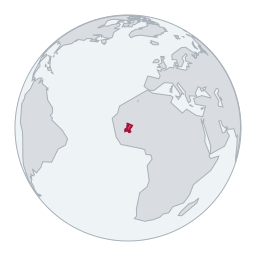 Koulikoro highlighted on a globe, orthographic projection, rotated 23°
{"feature_id": "MLI-4860", "entity_name": "Koulikoro", "entity_type": "Region", "adm_level": 1, "iso_a3": "MLI", "parent_name": "Mali", "parent_adm1": "", "projection": "orthographic", "projection_center": [-7.926, 13.476], "detail": "fine", "context": "on_globe", "style": "filled", "palette": "rose", "viewbox_px": 256, "rotation_deg": 23, "n_neighbors": 0, "source": "natural_earth", "source_scale": "10m", "svg_char_len": 10117}
<svg xmlns="http://www.w3.org/2000/svg" viewBox="0 0 256 256"><g transform="rotate(23 128 128)"><circle cx="128" cy="128" r="113" fill="#eef3f6" stroke="#a8b0b8"/><path d="M96.3,19.9L95.5,20.3L85.5,25.0L87.7,24.3L85.2,26.1L86.9,26.1L84.5,27.3L87.8,26.3L89.7,25.2L91.7,24.5L92.8,24.5L90.1,25.9L89.1,26.1L88.9,26.6L87.0,27.3L88.6,27.0L85.1,28.9L90.2,27.1L88.8,28.7L86.0,30.0L84.2,29.7L73.3,33.1L70.0,34.9L67.1,37.4L66.0,42.2L63.2,44.5L60.9,47.7L63.4,46.3L66.1,43.4L70.2,41.9L73.0,38.8L75.0,37.9L78.8,35.1L80.4,35.8L80.0,38.2L77.0,40.6L76.8,41.9L81.4,40.0L77.6,45.4L78.1,50.7L76.8,52.3L71.2,54.1L66.6,52.6L59.2,56.2L66.2,54.3L63.0,58.9L63.4,60.0L64.9,60.2L67.0,58.8L66.4,60.6L59.2,62.8L59.7,61.1L61.9,60.3L59.7,59.8L54.9,62.0L53.6,64.4L47.6,66.0L46.7,67.9L44.8,69.6L46.8,66.3L43.1,72.4L35.9,77.3L30.8,88.5L33.4,78.9L32.8,77.1L31.6,76.3L30.7,78.0L30.4,75.3L28.0,77.9L23.9,86.2L21.5,93.5L22.1,95.4L23.8,92.0L25.1,92.4L21.0,102.0L22.8,105.5L20.8,113.2L20.9,117.9L22.6,117.9L24.1,120.9L26.3,117.0L29.3,115.7L28.2,122.2L30.8,117.0L31.8,120.7L38.5,122.8L37.7,124.1L43.2,133.7L50.8,139.0L52.6,144.2L51.5,146.8L54.6,148.4L54.6,150.3L68.3,155.7L76.6,161.6L77.1,168.2L71.9,174.7L71.1,189.3L62.7,192.4L63.2,198.0L61.3,205.0L55.9,203.0L60.2,207.6L59.4,209.3L56.6,208.6L58.5,211.3L56.6,210.7L59.6,213.0L60.1,215.6L64.2,218.8L65.5,220.8L68.3,222.7L67.4,222.3L67.5,222.6L68.7,223.4L64.5,220.9L59.2,216.8L57.6,215.3L56.4,214.5L52.7,210.1L52.8,210.7L46.2,202.8L42.9,196.6L34.2,176.5L31.8,171.9L26.9,165.2L20.7,147.2L21.1,141.2L20.3,137.7L22.9,129.9L23.1,120.9L22.4,119.2L21.2,121.9L19.6,114.6L20.2,107.4L21.2,92.2L24.1,84.4L27.6,76.9L31.7,69.6L36.3,62.6L41.4,56.0L46.9,49.8L52.9,44.0L59.3,38.7L66.1,33.9L73.3,29.6L80.7,25.8L88.4,22.6L96.3,19.9ZM29.1,92.2L31.3,99.9L28.6,99.3L29.3,98.5L29.1,95.7L28.1,92.6L26.1,92.6L29.1,92.2ZM33.4,87.1L32.9,86.2L33.6,86.6L33.4,87.1ZM77.6,35.0L78.2,35.1L77.2,35.5L77.6,35.0ZM78.7,33.8L77.2,34.3L77.4,33.8L78.4,33.5L78.7,33.8ZM80.5,33.3L78.1,32.9L78.7,32.1L82.7,30.4L80.5,33.3ZM89.7,24.9L87.9,26.0L88.4,25.2L89.7,24.9ZM89.6,24.6L88.3,23.5L91.6,22.1L91.4,22.6L94.8,21.0L97.1,20.8L95.7,21.7L93.1,22.6L96.0,21.9L89.6,24.6ZM92.6,24.2L92.0,24.0L94.9,22.7L96.5,22.9L95.0,23.2L92.6,24.2ZM94.6,20.8L97.1,20.1L99.6,19.6L100.8,19.3L97.5,20.7L94.6,20.8ZM95.0,23.5L97.3,23.1L96.9,23.7L93.3,24.3L95.0,23.5ZM94.9,22.4L96.3,21.8L96.1,22.2L94.9,22.4ZM97.1,26.2L96.4,25.8L97.8,25.0L97.1,26.2ZM98.1,22.9L98.2,22.6L98.7,22.4L100.1,22.2L98.1,22.9ZM99.5,20.4L100.0,20.5L101.0,19.8L102.9,19.7L100.3,20.7L102.2,20.2L102.8,20.1L100.0,21.1L99.5,20.4ZM103.0,21.3L100.3,22.9L101.4,23.7L100.1,24.4L98.7,22.9L103.0,21.3ZM101.5,21.1L102.1,21.3L100.3,21.9L98.7,22.0L101.5,21.1ZM105.1,19.2L102.8,19.2L103.5,19.0L105.1,19.2ZM103.7,21.4L104.3,21.1L103.9,21.4L103.7,21.4ZM105.1,19.7L104.2,19.7L104.9,19.5L105.1,19.7ZM106.3,20.5L105.4,20.9L104.3,21.0L106.3,20.5ZM106.0,20.0L107.3,19.7L104.4,20.7L105.5,20.0L106.0,20.0ZM105.9,19.5L106.1,19.4L106.2,19.6L105.9,19.5ZM111.0,20.1L107.6,21.4L105.2,21.4L108.8,20.2L111.0,20.1ZM72.8,225.8L65.5,221.6L69.0,223.7L68.4,222.9L73.3,225.6L72.8,225.8ZM72.2,223.8L73.3,223.7L74.5,224.3L74.0,224.6L72.2,223.8ZM232.2,85.2L232.4,85.8L236.3,98.8L238.7,109.3L239.2,114.9L235.1,101.6L231.5,92.1L231.1,93.9L225.9,87.4L220.2,90.3L218.4,88.1L217.5,90.0L213.8,88.6L210.6,85.0L208.8,86.0L216.9,95.5L218.7,94.5L218.9,89.5L220.9,93.2L224.4,95.6L224.0,106.9L213.9,120.0L211.3,112.3L195.2,93.5L194.8,91.1L194.7,90.8L194.4,90.4L194.6,94.5L191.3,90.8L201.6,104.2L204.0,110.5L213.8,120.5L213.3,122.0L215.9,123.8L222.5,118.4L222.9,121.1L220.8,134.7L210.3,154.7L210.8,165.6L208.4,175.2L199.9,183.2L198.6,190.2L193.9,193.5L192.3,197.5L187.3,202.4L179.9,207.3L169.3,208.9L170.3,205.6L167.4,199.4L164.1,183.1L168.5,174.7L168.2,168.5L160.4,155.3L162.2,147.1L159.7,144.0L154.8,145.3L151.8,141.5L148.6,141.7L127.9,145.9L120.6,140.9L109.6,125.2L112.7,118.6L111.6,111.2L131.2,85.3L137.2,86.3L154.8,81.5L157.4,82.1L157.3,87.8L172.2,93.0L174.6,87.8L186.0,89.8L192.3,88.4L190.9,77.7L180.6,79.7L176.8,75.2L183.4,69.3L192.1,68.1L190.9,66.4L183.7,63.4L183.9,59.7L181.0,62.1L183.5,63.7L181.7,65.4L179.3,64.2L179.5,62.8L176.4,62.5L176.3,69.6L178.8,71.9L171.7,74.5L175.2,78.7L173.9,81.2L167.5,75.0L166.8,72.5L156.3,66.7L156.4,69.4L166.3,75.3L164.0,75.1L164.1,79.5L162.2,76.0L151.3,69.4L143.7,72.0L137.1,83.5L132.1,84.9L126.5,83.3L125.9,72.4L137.2,70.6L137.2,67.3L132.3,63.0L136.2,63.0L135.6,61.2L139.6,60.5L142.8,55.8L146.5,54.9L145.3,49.7L147.1,48.7L147.3,51.9L149.4,54.0L158.3,52.4L159.4,51.1L157.9,48.0L160.5,48.2L157.9,45.4L161.9,43.6L154.9,43.7L153.0,40.5L154.0,37.9L152.2,37.0L150.4,41.4L150.9,43.3L153.3,44.8L153.4,50.5L150.8,51.8L146.0,46.3L141.8,47.8L139.8,43.3L145.7,33.2L149.4,31.2L160.6,33.4L161.1,35.3L157.4,35.3L163.1,37.9L161.5,36.4L163.7,36.7L162.4,34.3L163.9,34.5L160.2,32.0L161.8,32.0L164.2,33.5L163.8,30.3L166.6,29.9L165.8,29.2L164.1,28.5L168.9,28.7L168.0,28.1L166.2,27.8L163.3,26.7L160.1,24.8L161.9,25.0L163.3,25.7L169.0,27.6L172.4,29.7L172.9,29.6L170.3,27.8L163.4,25.5L161.0,24.3L164.2,25.2L162.8,24.8L162.2,24.3L163.3,24.1L159.7,23.1L150.2,18.9L151.3,18.4L155.3,19.3L150.6,17.7L151.5,17.8L159.7,19.9L167.6,22.6L175.4,25.8L182.9,29.6L190.1,34.0L196.9,38.9L203.4,44.3L209.4,50.2L215.0,56.5L220.1,63.2L224.7,70.2L228.7,77.6L232.2,85.2ZM126.7,98.2L126.7,100.4L126.7,98.2ZM203.0,72.5L207.1,71.6L202.4,66.0L203.6,65.3L201.5,63.8L202.0,65.6L196.6,61.4L197.3,59.2L195.4,56.8L193.9,57.0L193.4,61.9L201.2,67.7L201.4,70.5L203.0,72.5ZM38.8,122.8L39.4,124.3L38.3,124.0L38.8,122.8ZM27.4,101.7L28.2,102.4L28.4,103.6L27.6,103.5L27.4,101.7ZM36.3,106.0L37.6,107.1L35.9,107.0L36.3,106.0ZM31.8,101.0L35.2,105.3L31.9,106.1L29.9,103.5L31.8,103.7L31.8,101.0ZM31.5,90.4L31.8,91.2L31.2,92.2L31.5,90.4ZM33.9,87.4L33.7,87.3L33.8,86.3L33.9,87.4ZM63.4,58.8L64.0,58.6L65.1,59.2L63.9,59.7L63.4,58.8ZM74.5,58.0L73.2,61.0L73.2,59.1L71.3,60.2L68.9,57.7L76.1,53.0L73.3,55.5L74.5,58.0ZM67.7,53.5L68.4,55.3L67.4,53.6L67.7,53.5ZM128.4,53.1L130.6,54.0L130.2,56.1L125.5,58.1L126.0,55.0L128.4,53.1ZM133.8,54.8L130.2,49.3L133.0,48.1L132.1,49.6L134.3,49.4L133.3,51.9L139.4,56.5L139.5,58.7L130.7,60.7L133.5,58.7L131.2,57.8L133.8,54.8ZM116.3,40.2L114.9,38.6L122.8,38.0L123.3,39.6L118.6,41.5L115.3,40.7L116.3,40.2ZM88.1,30.7L87.1,30.7L87.8,30.3L89.4,29.9L88.1,30.7ZM96.6,26.1L93.7,30.4L92.3,30.6L92.2,33.3L88.5,34.9L88.7,33.0L85.8,36.5L84.5,35.4L82.9,37.8L83.7,33.4L82.4,32.8L85.2,32.8L88.7,31.3L89.8,30.5L91.9,27.9L90.7,26.2L93.9,24.8L96.5,24.2L97.3,24.3L95.0,25.2L97.6,24.8L94.9,26.2L96.6,26.1ZM124.8,22.6L121.8,22.7L126.7,23.7L124.0,24.4L124.7,24.5L123.5,25.6L123.4,27.1L121.8,27.3L122.4,27.8L121.6,28.7L121.9,29.5L119.3,30.3L119.4,31.5L118.1,31.3L119.1,33.1L117.1,32.1L115.9,33.3L118.5,33.6L103.3,37.6L98.4,40.6L95.4,43.7L92.5,42.1L93.4,38.3L96.6,34.1L101.7,31.7L99.4,31.6L101.2,30.5L102.2,31.0L101.7,29.6L103.4,28.9L106.2,26.1L104.4,24.8L105.3,23.9L106.9,24.1L106.8,23.1L110.5,22.9L111.2,22.3L115.6,21.7L118.3,22.7L118.9,22.0L122.3,21.7L124.8,22.6ZM112.2,20.0L116.0,20.5L116.3,21.3L108.5,22.1L107.3,22.7L102.3,23.5L101.9,22.4L103.4,22.2L104.7,21.8L104.3,22.3L105.6,21.6L107.7,21.4L109.3,20.9L110.1,21.2L112.2,20.0ZM159.0,79.7L160.8,79.7L163.2,79.1L163.4,82.0L159.0,79.7ZM151.6,75.3L153.0,74.7L154.4,78.2L152.6,78.3L151.6,75.3ZM152.5,71.6L152.9,74.4L151.6,73.0L152.5,71.6ZM148.4,51.4L149.8,50.8L150.4,51.5L150.2,52.7L148.4,51.4ZM138.9,26.8L137.1,26.4L137.2,26.1L134.4,24.7L136.2,24.2L138.6,24.9L138.9,26.8ZM189.8,79.8L188.7,82.2L187.5,81.4L188.1,80.7L189.8,79.8ZM176.0,82.2L179.7,83.0L176.0,83.0L176.0,82.2ZM140.4,26.0L139.0,25.4L140.8,25.6L140.4,26.0ZM137.4,23.8L139.2,23.8L136.1,24.0L137.4,23.8ZM220.6,170.0L211.7,187.8L208.4,188.9L209.3,184.4L213.7,174.0L218.0,169.9L220.5,164.8L220.6,170.0ZM238.9,110.2L239.9,115.8L240.0,117.4L238.9,110.2ZM154.0,23.1L155.9,25.4L158.5,27.2L161.8,28.2L157.9,27.9L154.0,25.2L154.0,23.1ZM150.5,19.2L147.6,18.7L148.2,18.5L149.0,18.7L150.5,19.2ZM149.1,19.2L146.7,19.3L144.6,18.8L147.0,18.8L149.1,19.2ZM143.7,22.1L144.1,22.7L142.7,22.5L143.7,22.1ZM140.5,16.1L140.3,16.0L140.5,16.1ZM143.5,16.5L140.7,16.1L144.5,16.6L143.5,16.5Z" fill="#d9dde1" stroke="#a8b0b8" stroke-width="1"/><path d="M126.0,130.5L125.9,130.5L125.9,130.4L126.0,130.3L126.0,130.2L125.9,130.1L125.9,129.9L126.0,129.8L126.1,129.7L126.3,129.6L126.5,129.5L126.5,129.4L126.7,129.2L126.8,128.9L126.7,128.8L126.8,128.7L126.8,128.4L126.9,128.2L127.0,128.2L126.9,127.9L126.8,127.6L126.9,127.4L127.0,127.3L127.0,127.2L126.9,127.1L126.7,127.2L126.8,127.2L126.7,127.3L126.5,127.2L126.4,127.1L126.2,127.0L126.3,127.0L126.3,126.9L126.3,126.7L126.4,126.8L126.4,126.7L126.3,126.4L126.5,126.4L126.7,126.2L126.8,126.2L126.9,126.3L127.0,126.4L127.3,126.4L127.6,126.3L127.6,126.1L127.4,125.9L127.2,125.7L126.9,125.5L126.9,125.4L127.0,125.2L126.9,125.1L126.6,125.0L126.4,124.7L126.3,124.4L126.0,124.3L125.9,124.2L125.7,124.1L125.9,124.0L126.0,124.0L126.3,124.0L126.6,124.0L127.0,124.0L127.5,124.0L127.8,124.0L128.1,124.0L128.5,124.0L128.8,124.0L129.1,124.0L129.4,124.0L129.7,124.0L130.1,124.0L130.4,124.0L130.7,124.0L131.0,124.0L131.0,124.3L130.9,124.7L130.8,124.8L130.7,125.0L130.7,125.3L130.8,125.4L130.9,125.7L130.9,125.8L130.9,126.0L130.6,126.0L130.3,126.3L130.2,126.4L130.0,127.0L129.9,127.3L130.0,127.5L130.2,127.9L130.2,128.0L130.3,128.0L130.2,128.2L129.9,128.3L129.8,128.5L129.7,128.6L129.7,128.8L129.7,129.0L129.9,129.1L130.0,129.1L130.0,129.3L130.4,129.3L130.5,129.3L130.8,129.5L131.0,129.6L131.1,129.8L131.3,129.9L131.3,130.0L131.5,130.2L131.5,130.3L131.8,130.3L131.8,130.5L131.7,130.6L131.4,130.7L131.4,130.8L131.2,130.7L131.0,130.8L131.1,131.1L130.9,131.2L130.9,131.3L130.8,131.5L130.7,131.5L130.7,131.4L130.2,131.3L130.1,131.2L129.9,131.2L129.8,130.9L129.8,131.0L129.7,130.9L129.7,130.6L129.6,130.3L129.6,130.1L129.4,130.2L129.3,130.3L129.2,130.3L129.2,130.5L128.9,130.6L128.7,130.9L128.5,131.0L128.3,131.1L128.1,131.2L128.0,131.3L127.9,131.3L127.8,131.5L127.7,131.5L127.2,131.6L126.9,131.9L126.8,132.0L126.8,131.9L126.7,131.9L126.5,131.7L126.4,131.6L126.2,131.6L126.3,131.1L126.3,130.9L126.2,130.8L126.1,130.7L126.0,130.5ZM127.9,129.8L128.0,129.8L128.0,129.7L127.9,129.6L127.7,129.6L127.8,129.8L127.9,129.8Z" fill="#f43f5e" stroke="#9f1239" stroke-width="1.5"/></g></svg>